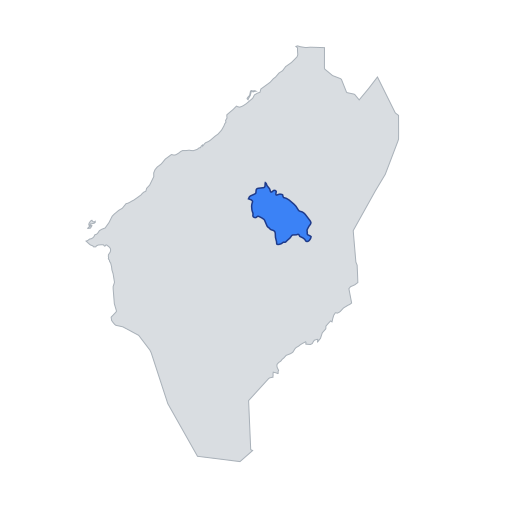 Saudi Arabia, with Al Quassim highlighted, rotated 80°
{"feature_id": "SAU-846", "entity_name": "Al Quassim", "entity_type": "Region", "adm_level": 1, "iso_a3": "SAU", "parent_name": "Saudi Arabia", "parent_adm1": "", "projection": "mercator", "projection_center": [43.262, 25.97], "detail": "fine", "context": "in_parent", "style": "filled", "palette": "blue", "viewbox_px": 512, "rotation_deg": 80, "n_neighbors": 0, "source": "natural_earth", "source_scale": "10m", "svg_char_len": 6254}
<svg xmlns="http://www.w3.org/2000/svg" viewBox="0 0 512 512"><g transform="rotate(80 256 256)"><path d="M386.1,368.5L333.2,376.0L330.3,376.8L313.8,385.3L302.6,399.5L299.9,406.1L298.6,407.2L296.3,408.5L294.3,409.4L291.1,409.3L287.3,404.2L286.4,403.1L285.5,403.0L278.4,403.8L263.7,402.4L261.3,402.0L258.1,400.3L257.2,399.9L256.4,399.9L248.7,399.8L244.9,400.3L241.3,400.1L237.5,400.4L236.2,401.1L234.7,401.1L233.8,401.6L233.0,401.9L232.0,401.4L230.8,401.5L229.1,401.1L228.0,400.0L226.9,399.0L225.8,398.4L224.6,398.1L223.5,398.1L222.1,398.7L221.3,399.3L219.2,401.2L219.1,401.9L220.1,403.1L219.8,403.6L218.5,404.3L218.1,406.1L218.0,407.1L217.8,409.5L218.3,411.4L219.1,412.1L219.1,412.9L218.7,414.5L217.6,415.0L216.7,416.6L216.2,417.3L215.3,418.1L211.8,420.8L211.6,419.2L210.4,416.9L210.4,415.2L209.8,413.6L208.9,412.3L207.1,411.0L206.9,409.2L205.6,407.4L203.9,405.9L202.9,403.3L202.2,399.7L197.6,395.0L191.8,390.7L190.1,388.3L187.2,383.3L185.8,379.4L181.9,374.9L181.8,373.1L181.2,371.0L180.3,368.6L179.8,366.8L175.9,358.6L174.7,357.2L173.6,355.4L173.3,354.0L173.0,353.2L170.3,351.9L167.7,348.4L160.1,342.9L156.4,342.3L153.4,340.4L151.2,337.8L148.9,333.3L144.8,328.5L141.4,321.7L142.4,319.2L142.4,317.4L141.3,314.4L140.1,312.2L139.4,310.0L140.0,306.9L140.2,303.4L140.9,301.5L141.4,299.5L140.8,295.4L139.6,293.2L139.7,291.8L138.4,291.0L137.4,289.4L138.5,289.4L136.5,287.2L135.7,286.0L135.0,283.0L134.0,280.7L130.9,275.5L129.4,272.3L126.1,268.1L122.5,265.1L120.2,263.7L119.1,262.4L117.2,262.4L115.1,260.6L113.7,260.5L111.9,260.2L109.8,256.7L108.0,253.5L105.0,249.2L105.8,248.1L106.6,246.3L106.2,243.9L105.7,242.3L104.4,239.3L100.1,231.9L98.9,230.9L97.1,229.6L95.9,226.4L95.4,223.6L92.4,222.2L87.3,211.8L84.4,208.1L83.2,205.7L79.8,201.6L78.1,197.6L74.6,193.9L71.6,187.5L67.0,181.0L65.1,179.9L60.3,179.4L58.3,178.9L56.5,180.3L56.3,178.5L57.6,176.0L59.4,170.8L59.8,166.2L62.7,152.4L82.9,156.0L83.9,155.8L91.6,149.3L96.0,142.0L96.9,141.2L110.5,138.4L110.9,138.0L113.6,131.4L113.9,131.0L114.3,130.6L120.2,127.3L110.7,116.1L100.8,105.3L138.9,94.1L139.5,93.8L142.3,91.2L159.1,94.1L165.6,95.3L167.7,96.4L198.0,114.5L212.9,127.4L247.7,155.7L248.2,155.9L279.3,158.7L282.6,158.0L291.2,159.1L299.8,160.3L301.5,163.6L302.1,165.9L302.6,168.2L304.3,170.2L311.5,170.1L318.9,170.0L320.0,172.1L320.5,174.1L322.4,178.9L325.2,182.6L325.9,184.0L326.4,186.0L325.9,186.8L325.7,187.7L327.8,189.7L331.2,191.4L332.5,191.9L334.1,192.6L332.9,193.8L334.9,196.5L337.2,199.3L339.8,199.9L343.2,204.1L348.3,206.8L351.4,210.3L351.1,210.4L350.2,210.0L349.0,209.6L348.7,210.0L348.8,211.5L349.1,213.2L350.6,214.7L352.0,215.8L352.6,217.8L351.5,222.2L351.1,222.2L350.4,221.9L349.6,221.8L349.1,222.0L350.1,225.2L351.0,227.6L352.1,229.5L353.1,232.3L353.9,233.5L357.2,236.5L358.2,239.0L359.1,243.6L361.2,246.2L362.3,248.2L363.8,249.8L364.8,252.1L366.2,253.9L366.9,254.3L368.0,254.5L369.3,254.5L370.9,254.1L372.6,253.6L374.0,254.5L375.3,254.4L375.5,255.2L374.6,256.4L373.4,259.2L375.0,259.7L376.6,259.9L377.7,260.3L378.3,260.3L378.3,260.9L378.4,263.6L378.8,264.7L397.1,288.4L445.5,294.8L445.8,294.8L447.0,293.1L455.7,307.5L443.1,348.4L386.1,368.5ZM196.3,414.0L197.8,414.1L197.2,413.5L197.1,413.2L197.7,412.3L199.8,414.2L199.7,416.4L199.6,416.9L199.0,416.4L198.6,415.9L198.5,415.4L197.9,414.9L195.9,415.2L194.6,414.6L192.8,412.8L192.3,411.4L193.1,411.1L193.9,410.5L194.4,409.4L193.9,408.3L195.0,408.5L195.6,409.6L195.7,412.2L195.9,412.8L195.6,413.4L196.3,414.0ZM99.7,237.4L99.2,237.4L97.9,236.0L97.1,234.9L96.3,234.2L92.7,232.8L92.2,231.9L92.7,230.9L93.1,231.9L93.8,232.4L96.8,233.7L100.2,236.5L100.7,236.7L99.7,237.4ZM93.9,230.4L93.7,230.7L92.9,230.0L93.0,228.4L93.7,227.4L93.6,228.7L93.9,230.0L93.9,230.4Z" fill="#d9dde1" stroke="#a8b0b8" stroke-width="1"/><path d="M246.5,198.4L247.7,198.9L248.6,199.5L249.3,200.2L249.7,200.6L250.0,201.0L250.3,201.5L250.5,202.0L250.6,202.4L250.6,202.8L250.6,203.1L250.5,203.4L250.4,203.8L250.2,204.1L249.8,204.4L249.3,204.6L248.4,205.0L247.9,205.2L247.5,205.6L246.6,206.4L245.9,207.2L244.5,209.2L244.2,209.5L243.2,209.8L242.8,209.9L242.4,210.2L242.0,210.6L241.9,211.1L242.1,212.1L242.1,213.0L241.7,215.8L241.7,216.2L241.8,216.7L242.0,217.1L242.3,217.5L243.8,219.0L244.3,219.6L246.0,222.4L247.4,224.4L247.5,225.1L247.3,226.1L247.2,226.7L247.4,227.2L247.9,228.1L248.2,228.8L248.4,229.5L248.5,230.8L248.6,231.5L248.5,232.1L248.4,232.6L248.3,232.9L248.1,233.3L247.7,233.4L247.3,233.5L245.6,233.3L241.1,233.6L237.0,233.1L236.2,233.1L235.7,233.2L235.3,233.3L234.9,233.5L234.6,233.7L234.4,233.9L234.1,234.2L233.6,234.9L232.9,236.3L232.5,236.9L232.1,237.3L230.7,238.2L229.7,239.2L229.2,239.5L228.5,239.9L222.1,241.4L221.7,241.6L221.2,241.9L219.4,243.8L217.6,246.2L217.3,246.8L217.2,247.3L217.3,247.7L217.5,248.2L218.0,249.0L218.1,249.5L218.1,250.1L217.8,250.8L217.4,251.4L217.0,251.8L216.5,252.0L216.1,252.1L215.8,252.1L214.3,251.7L213.4,251.6L210.7,252.0L209.7,252.0L206.3,251.7L204.9,251.3L204.1,251.0L202.1,250.0L201.7,249.9L201.2,250.0L200.8,250.2L200.3,250.6L200.0,250.8L198.8,252.8L198.4,253.5L196.7,252.3L196.4,252.0L196.2,251.6L195.8,250.8L194.8,246.8L194.5,246.0L194.2,245.4L193.9,245.3L193.6,245.1L191.1,244.4L190.7,244.2L190.3,243.9L189.9,243.3L189.8,242.8L189.7,242.3L190.0,236.9L190.0,236.4L189.8,235.9L189.5,235.5L189.2,235.2L188.3,234.9L185.8,234.3L185.4,234.1L186.1,233.5L186.9,233.2L188.0,233.1L188.7,232.9L191.7,231.2L192.4,230.9L193.0,230.8L194.8,230.6L195.3,230.4L195.6,230.2L195.7,229.8L195.7,229.5L195.6,229.2L194.7,227.6L194.5,227.1L194.5,226.6L194.6,226.2L194.8,225.7L195.3,225.2L195.8,224.9L196.2,224.9L196.5,225.0L198.0,225.6L198.5,225.7L198.9,225.7L199.3,225.6L199.5,225.3L199.6,224.9L199.5,224.6L199.5,224.4L199.2,222.6L199.2,222.2L199.2,221.8L199.3,221.4L199.6,220.5L200.0,219.6L200.3,219.2L200.6,219.1L201.1,219.1L201.5,219.1L202.0,219.1L202.9,218.8L203.3,218.6L203.5,218.3L203.6,217.8L204.0,217.1L204.5,216.1L206.7,213.6L211.7,209.5L214.0,208.0L218.4,206.2L219.0,205.7L219.4,205.2L219.7,204.7L220.5,203.0L221.2,202.2L222.1,201.3L223.5,200.3L230.7,196.6L231.6,196.3L232.1,196.2L232.5,196.1L232.9,196.2L233.4,196.4L233.8,196.6L234.5,197.2L235.9,198.7L238.3,200.6L239.1,201.1L239.6,201.3L241.6,201.4L242.8,201.7L243.3,201.7L243.6,201.6L244.0,201.4L244.2,201.2L245.7,199.1L246.5,198.4Z" fill="#3b82f6" stroke="#1e3a8a" stroke-width="1.5"/></g></svg>